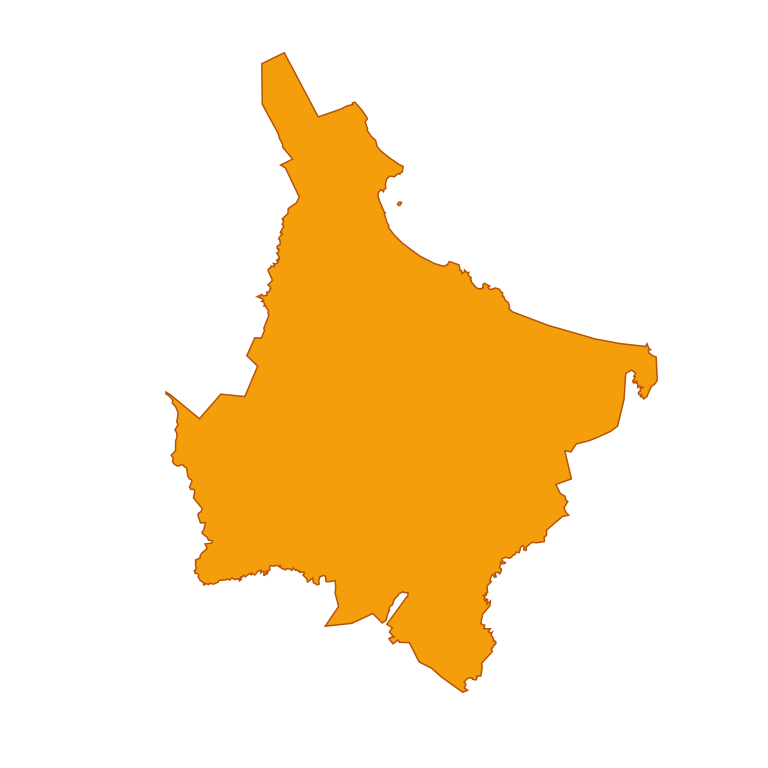 the district of Compostela, Nayarit, Mexico, rotated 115°
{"feature_id": "50627088B82523169832508", "entity_name": "Compostela", "entity_type": "district", "adm_level": 2, "iso_a3": "MEX", "parent_name": "Mexico", "parent_adm1": "Nayarit", "projection": "albers", "projection_center": [-105.087, 21.114], "detail": "fine", "context": "isolated", "style": "filled", "palette": "amber", "viewbox_px": 768, "rotation_deg": 115, "n_neighbors": 0, "source": "geoboundaries", "source_scale": "gbopen_adm2", "svg_char_len": 6172}
<svg xmlns="http://www.w3.org/2000/svg" viewBox="0 0 768 768"><g transform="rotate(115 384 384)"><path d="M633.2,476.8L632.8,476.2L635.6,475.3L634.7,473.9L634.9,472.1L635.6,471.1L637.2,471.0L639.7,467.7L640.4,463.6L642.1,462.8L642.1,461.8L640.2,461.7L640.0,458.2L638.4,458.0L637.4,453.9L633.9,450.8L631.6,450.3L628.0,444.1L627.0,443.8L626.8,440.9L623.9,439.8L624.5,437.1L622.0,433.4L623.5,431.8L621.5,430.8L620.8,432.2L619.3,432.3L619.4,431.0L616.8,430.7L617.4,428.3L612.7,425.8L613.1,423.9L611.3,424.1L611.9,421.6L611.2,420.0L607.8,419.5L605.0,417.4L604.9,416.5L607.3,415.9L605.2,414.8L604.9,413.2L608.0,412.4L608.1,411.7L605.0,409.5L604.0,409.7L604.7,410.7L603.5,411.7L602.8,411.5L602.5,409.9L600.8,408.9L597.8,410.4L596.5,410.0L595.7,406.8L594.2,405.8L593.5,401.9L592.4,401.5L593.2,400.6L594.0,401.0L594.4,396.0L593.7,394.5L592.6,394.5L591.3,390.4L592.0,388.8L589.1,388.4L590.3,385.7L589.2,384.8L590.1,382.6L589.1,381.9L590.3,380.4L588.2,377.2L589.2,376.3L591.5,376.6L592.9,372.1L595.7,369.5L589.9,366.5L593.9,364.1L594.2,359.4L592.6,358.2L590.2,359.9L586.1,360.6L583.4,358.4L582.9,356.8L583.6,355.1L586.9,353.7L587.5,352.2L583.0,345.0L589.0,341.7L594.2,340.0L604.7,331.1L628.3,334.9L614.5,312.0L596.8,297.2L601.3,284.5L597.2,282.2L590.6,283.6L587.0,283.4L587.1,284.1L583.1,284.7L580.6,283.0L575.2,283.7L569.3,281.7L568.3,282.2L564.2,278.9L564.4,277.0L563.1,274.5L563.3,273.8L567.0,272.7L567.4,273.5L583.9,276.6L584.0,277.4L584.2,276.7L600.6,279.9L601.3,273.6L606.6,274.3L609.1,268.1L610.2,270.2L612.7,271.9L615.7,266.1L610.0,263.0L611.6,260.9L607.7,251.7L621.1,234.7L621.5,220.7L625.3,207.9L630.1,182.3L626.2,178.8L625.5,182.8L622.3,182.6L621.0,183.4L620.3,185.4L615.3,183.8L613.1,180.2L614.2,179.0L613.3,175.5L610.7,175.6L609.6,176.6L607.7,172.8L599.0,175.4L595.7,177.5L580.6,172.7L578.9,174.7L571.6,173.0L570.0,174.2L570.6,176.5L568.3,177.2L566.2,181.0L563.4,181.1L564.5,181.7L564.4,184.8L560.9,184.2L563.6,190.1L560.1,190.7L560.4,195.0L550.9,197.3L540.4,194.3L535.7,195.8L540.0,197.8L535.8,198.8L535.5,200.3L538.0,200.6L536.6,202.4L534.7,202.2L533.8,204.7L532.2,202.1L531.3,202.1L530.9,203.5L529.0,202.0L523.7,205.3L517.7,203.2L517.5,205.1L510.9,205.6L510.7,203.3L512.0,203.2L512.5,202.2L511.3,200.9L508.5,203.5L507.7,203.3L506.5,200.9L507.2,198.9L503.4,198.8L502.0,199.7L501.6,201.7L497.6,202.1L496.4,203.0L496.8,200.8L495.6,198.6L494.7,198.4L494.2,202.5L492.9,203.4L489.4,200.3L489.3,197.8L488.2,195.9L484.0,194.3L483.3,193.3L480.5,193.1L479.6,190.1L474.1,191.2L471.8,189.9L472.3,188.5L475.2,187.3L475.1,185.3L473.9,184.8L472.6,186.1L470.6,185.7L465.1,183.2L463.2,178.3L459.0,172.0L454.9,174.1L452.6,172.7L447.7,174.9L428.8,166.4L424.8,161.2L423.4,165.0L419.9,168.6L412.8,167.7L412.5,170.0L409.2,172.6L408.9,177.6L402.5,185.8L390.8,174.1L368.2,191.8L366.5,185.8L357.1,184.4L348.2,173.6L342.7,168.5L331.4,158.8L323.5,154.5L296.4,160.0L272.3,169.4L266.8,165.6L267.7,160.5L271.4,160.8L271.3,159.3L276.5,159.8L277.6,158.0L275.9,157.8L274.8,156.2L275.2,155.6L276.5,156.2L276.8,154.1L279.9,152.7L277.8,151.3L278.6,150.4L277.2,147.6L280.2,149.8L282.5,148.6L283.8,149.8L285.0,149.5L286.0,148.3L284.8,146.1L287.2,146.1L286.4,144.4L287.8,142.3L284.6,140.5L273.4,140.7L269.4,138.5L265.3,137.9L244.5,148.7L244.9,152.0L243.8,157.4L241.6,158.6L240.3,157.0L239.8,159.1L236.4,162.6L239.5,162.9L247.8,187.8L253.9,211.4L261.5,260.1L264.3,297.5L262.9,302.7L261.0,302.9L257.7,305.8L256.9,309.4L254.0,312.7L254.5,313.7L251.2,315.1L251.0,317.5L249.8,318.6L249.4,320.6L250.1,324.1L252.7,326.4L253.7,328.5L252.4,330.6L250.5,329.4L250.3,335.4L251.3,336.2L253.0,336.1L254.5,334.8L254.7,335.4L256.0,335.3L257.5,338.0L257.8,341.1L254.4,348.3L253.1,348.7L252.5,350.0L250.8,349.9L249.8,353.7L247.0,354.3L248.0,355.6L246.8,359.1L248.2,358.4L251.1,360.3L248.6,361.5L249.1,362.7L244.3,366.5L245.4,376.6L249.2,377.0L252.2,380.0L253.5,389.5L252.9,405.8L248.6,426.9L244.8,437.5L240.2,446.2L238.7,446.3L236.0,449.9L230.2,455.1L229.2,455.7L228.4,455.1L228.2,456.2L220.4,465.1L215.8,469.1L212.7,470.0L210.3,469.3L209.1,468.3L210.0,465.8L207.2,466.1L206.1,465.0L202.1,467.3L197.0,468.2L193.0,466.4L191.8,462.2L187.4,460.2L187.2,458.3L186.1,458.5L184.1,457.0L178.6,458.7L178.7,463.3L176.4,476.4L174.0,485.7L171.8,490.4L166.6,494.8L165.0,500.3L161.0,506.6L159.7,506.7L154.2,512.0L151.3,511.2L150.1,511.6L145.2,519.6L140.9,529.5L142.6,531.5L143.9,530.4L147.6,535.1L153.0,539.2L169.7,556.5L125.9,614.4L145.3,630.1L181.9,612.6L201.6,585.8L205.7,582.4L209.7,577.1L212.1,576.0L218.8,561.9L229.3,570.3L229.8,564.7L250.3,539.9L256.8,539.9L265.4,544.9L270.1,543.2L276.5,545.6L277.5,544.9L277.7,545.6L279.0,543.7L282.3,543.8L283.2,541.6L290.5,542.0L290.9,541.0L290.2,540.7L291.4,539.1L293.0,540.5L297.0,540.9L297.6,539.2L300.9,537.1L304.5,539.1L306.2,538.1L306.3,536.0L307.3,536.7L308.0,535.6L310.1,535.3L310.7,536.6L312.9,532.7L314.0,532.7L314.8,531.5L316.4,531.8L316.0,533.1L317.2,533.6L318.3,531.4L319.4,531.9L320.9,532.9L321.6,535.2L323.3,533.2L324.1,533.2L324.8,536.2L326.2,535.7L328.3,537.3L330.2,537.0L337.2,528.9L343.3,531.1L343.8,528.6L345.3,526.9L345.7,527.5L349.1,527.1L350.3,529.1L353.1,527.5L355.1,530.7L354.4,532.6L358.5,535.8L357.8,532.9L358.4,533.0L358.0,531.3L358.8,528.8L360.8,529.8L360.5,527.7L362.4,525.7L364.0,525.9L363.3,524.0L364.7,523.0L365.9,520.0L369.3,518.9L370.2,517.4L384.4,516.5L385.9,515.0L394.2,514.5L396.7,520.6L416.3,520.3L421.2,506.1L454.2,504.8L462.2,527.6L493.5,536.6L484.1,572.9L483.4,578.2L485.1,577.5L485.5,574.2L487.8,568.6L490.7,567.9L492.6,563.3L497.3,558.2L506.1,555.7L507.8,553.5L514.0,554.0L515.6,551.4L519.2,549.3L523.9,548.7L532.5,544.8L538.6,546.7L540.2,543.7L543.9,542.8L545.1,540.7L545.6,537.0L544.9,535.0L542.3,533.5L543.8,527.2L550.1,523.1L552.2,520.4L552.1,518.0L553.6,516.8L559.6,516.8L561.2,514.6L559.9,511.9L561.3,510.0L567.7,508.6L573.6,496.4L576.7,495.7L579.9,497.7L581.5,497.2L587.4,491.7L585.3,487.1L592.8,485.7L594.9,486.3L596.3,485.4L597.7,479.5L599.7,477.0L598.8,474.9L599.0,472.8L601.4,473.4L604.6,478.6L607.8,474.7L614.2,477.7L617.6,478.0L619.5,477.2L623.1,480.4L628.8,477.7L629.9,476.1L633.2,476.8ZM212.9,444.5L211.9,445.1L212.6,447.0L215.1,447.9L216.1,446.5L215.6,445.2L212.9,444.5Z" fill="#f59e0b" stroke="#b45309" stroke-width="1.5"/></g></svg>